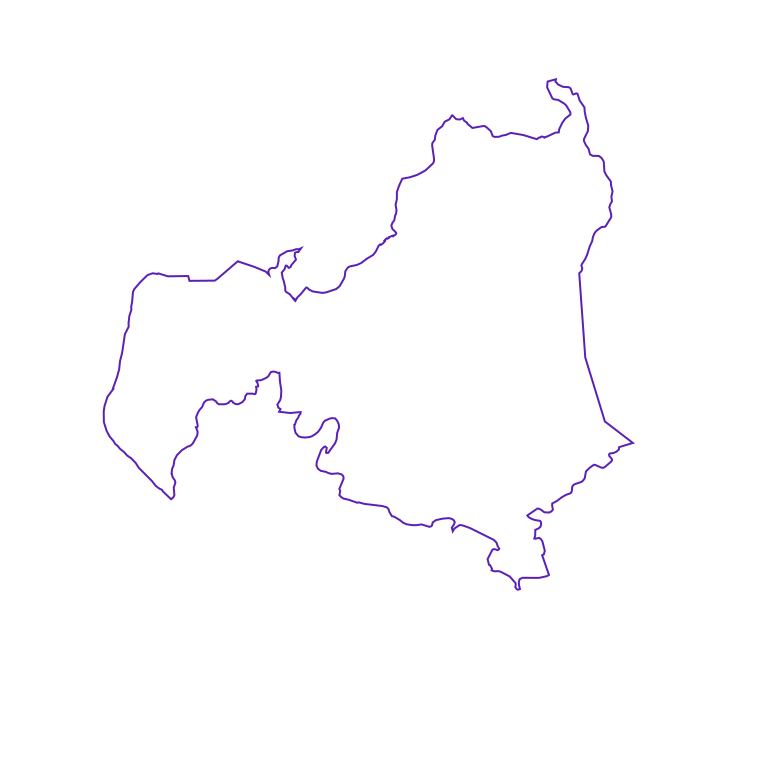 outline of San Fernando, Bolívar, Colombia, rotated 252°
{"feature_id": "7082276B31468008536836", "entity_name": "San Fernando", "entity_type": "district", "adm_level": 2, "iso_a3": "COL", "parent_name": "Colombia", "parent_adm1": "Bolívar", "projection": "mercator", "projection_center": [-74.356, 9.108], "detail": "fine", "context": "isolated", "style": "outline", "palette": "violet", "viewbox_px": 768, "rotation_deg": 252, "n_neighbors": 0, "source": "geoboundaries", "source_scale": "gbopen_adm2", "svg_char_len": 6154}
<svg xmlns="http://www.w3.org/2000/svg" viewBox="0 0 768 768"><g transform="rotate(252 384 384)"><path d="M620.7,641.7L621.1,633.1L615.7,630.8L603.6,632.4L602.4,633.4L600.2,637.6L594.8,642.2L592.5,643.4L585.1,645.1L583.8,645.0L582.6,644.4L580.5,638.6L577.4,634.3L572.0,629.2L569.3,628.0L570.1,624.5L568.9,615.0L569.2,613.4L568.7,612.8L570.4,611.1L570.6,609.9L570.1,608.6L570.5,607.7L569.6,605.0L577.8,593.3L583.6,582.3L583.2,576.9L583.7,573.2L583.6,569.8L584.8,565.6L586.2,564.0L591.5,563.7L596.6,560.8L598.3,559.3L598.7,557.9L600.2,547.2L605.7,543.7L606.9,543.7L609.8,541.5L612.5,541.2L612.1,538.1L613.0,535.5L613.9,534.3L618.3,532.2L618.5,531.7L615.5,528.0L614.7,522.8L611.1,518.9L609.3,513.7L608.6,512.9L604.6,509.7L600.6,507.8L598.1,504.4L596.0,503.5L582.2,501.1L579.9,500.0L578.6,498.6L574.3,489.4L572.6,479.9L572.6,472.7L573.6,464.8L567.8,459.5L562.6,455.6L555.9,453.4L550.8,450.4L545.7,449.7L541.9,447.9L540.9,446.7L536.4,444.3L535.0,442.1L532.3,439.9L528.9,439.9L524.2,442.3L523.5,442.2L522.6,441.3L521.7,438.4L522.4,438.3L522.1,433.9L521.5,433.9L521.1,432.0L521.7,431.5L521.2,430.3L520.2,428.7L519.6,429.2L517.9,426.2L517.3,423.8L517.9,423.5L517.3,421.8L512.6,417.2L510.1,413.5L508.4,406.2L506.1,399.7L505.6,394.8L506.4,387.7L505.9,385.5L503.2,382.1L498.2,379.8L496.2,378.1L490.8,372.1L489.1,367.9L489.0,357.3L489.7,353.5L494.0,344.9L496.9,342.0L499.3,340.7L499.8,339.8L495.1,332.4L493.3,328.6L490.4,325.3L492.7,324.2L493.2,324.1L493.2,324.7L494.7,323.6L498.4,322.2L502.1,319.2L503.4,319.0L506.4,319.9L512.8,320.5L516.3,320.4L521.6,321.2L523.8,324.8L526.9,327.1L526.6,328.1L523.8,329.4L524.1,331.3L525.7,332.6L529.5,338.7L533.4,338.6L536.3,339.9L536.5,341.4L536.0,343.3L538.7,347.0L538.5,344.7L539.4,342.0L539.2,338.8L540.2,333.0L538.5,324.8L536.6,322.8L533.7,321.8L528.8,318.8L527.9,316.2L529.0,313.4L529.0,311.5L528.1,309.9L526.5,308.6L523.2,308.5L527.5,306.2L535.2,297.2L545.9,282.8L535.5,258.0L534.6,255.0L542.2,230.9L547.2,231.1L553.2,211.7L559.0,203.5L558.6,202.6L560.8,198.2L560.7,193.3L560.1,191.5L555.9,183.2L551.3,175.7L549.1,173.7L540.1,169.9L535.7,167.5L532.5,166.6L527.3,162.8L520.9,159.9L517.4,158.9L511.5,153.0L494.4,144.5L487.5,140.1L479.7,136.6L472.9,132.1L463.2,124.6L462.9,125.0L457.3,117.1L449.4,111.4L444.6,109.0L434.3,105.8L425.3,105.7L418.9,106.8L413.6,109.0L409.9,109.9L407.4,111.6L404.1,112.8L399.5,115.8L395.4,117.6L391.3,120.7L385.8,123.4L380.0,124.9L363.5,133.3L357.6,135.5L354.2,137.8L351.9,140.2L350.4,140.4L340.2,145.9L340.3,146.5L341.5,148.9L343.1,150.3L350.4,152.0L354.6,155.1L356.9,155.3L361.0,154.1L364.0,154.5L364.3,154.2L369.0,156.4L371.2,158.5L376.6,161.3L380.3,165.1L383.5,171.3L385.1,177.7L385.1,180.5L386.3,183.5L392.7,190.4L396.1,192.0L401.0,191.8L400.6,193.1L402.0,194.0L410.4,195.0L414.4,198.3L416.6,200.9L418.2,203.8L422.1,207.2L423.2,209.7L423.3,211.8L422.4,216.3L419.7,218.7L417.2,219.5L415.7,220.8L414.0,226.0L413.9,228.3L414.2,230.6L415.0,231.4L415.4,233.3L414.1,234.6L413.1,234.6L411.5,235.9L410.2,237.7L409.9,239.9L410.6,243.8L412.5,246.9L415.3,248.4L417.1,250.8L415.4,256.0L414.2,258.2L414.7,259.1L418.0,261.0L420.8,261.5L420.6,263.4L421.0,263.8L424.2,264.0L426.3,263.4L426.6,264.1L425.6,268.5L426.3,274.3L427.1,276.3L430.3,280.1L430.2,282.1L429.1,284.5L427.4,286.4L427.0,288.0L418.4,285.8L409.4,284.3L403.3,281.9L400.8,280.3L397.3,276.2L394.2,276.2L392.2,277.8L390.0,275.7L385.4,285.8L383.1,296.0L381.5,295.4L380.2,293.3L378.8,292.3L376.3,289.2L372.9,286.7L372.9,286.1L369.2,285.1L364.9,284.8L360.8,286.5L359.3,288.3L357.6,292.0L356.5,296.9L356.6,299.3L357.6,303.3L359.0,306.7L361.8,310.5L366.1,314.3L367.3,316.4L367.9,321.5L367.6,324.1L366.3,327.0L363.2,328.2L359.4,328.5L356.2,327.7L352.2,324.5L345.8,321.7L342.7,319.1L335.8,309.7L336.2,307.9L337.0,307.7L340.9,309.8L342.7,308.8L342.7,307.4L340.7,303.9L330.9,296.1L327.4,294.6L323.8,295.0L320.9,297.1L318.4,301.6L316.3,303.7L315.7,305.1L314.8,305.9L313.3,312.5L311.3,315.5L309.8,316.5L307.8,316.7L306.3,316.2L298.0,309.1L295.8,309.3L292.0,307.2L289.3,308.6L287.6,310.0L284.8,314.7L279.3,321.9L279.3,323.3L275.9,328.6L268.6,344.4L266.0,348.4L263.8,349.6L260.8,349.6L256.0,350.6L254.4,352.9L249.7,357.0L245.9,359.5L243.6,362.2L241.1,367.0L239.6,371.8L238.8,376.4L234.2,382.9L234.0,384.3L234.5,385.8L237.3,387.6L238.5,391.3L237.8,398.3L236.4,404.3L234.6,407.0L232.6,408.4L230.7,408.6L228.6,406.9L226.4,404.1L222.7,403.9L224.8,406.3L226.5,412.4L225.2,415.1L220.5,421.2L201.8,440.3L198.3,442.0L194.9,442.0L191.8,442.7L191.1,441.9L190.9,440.8L193.0,437.7L192.9,435.9L185.4,428.4L179.6,428.0L178.9,428.9L174.9,429.6L173.6,428.7L171.8,431.0L170.6,435.1L169.4,436.9L162.1,444.1L153.9,447.6L152.2,447.2L150.4,446.1L148.0,446.8L147.0,447.7L146.9,449.9L150.7,450.2L153.9,451.0L156.5,452.7L156.9,455.8L151.7,471.5L150.9,479.6L151.4,481.9L172.3,481.5L172.6,483.4L175.7,485.4L185.7,486.0L188.4,485.1L189.8,483.8L190.0,480.3L190.6,479.2L193.2,481.0L198.5,482.8L198.9,486.2L199.8,488.6L201.8,490.0L204.1,490.6L205.6,490.2L207.8,485.8L209.9,482.9L212.8,480.3L214.7,479.7L218.1,491.3L217.7,492.6L216.1,494.3L212.4,496.9L210.7,501.4L211.1,503.8L212.3,505.8L216.6,506.4L218.4,507.1L219.3,512.2L221.4,518.3L222.3,522.7L222.5,528.0L224.2,529.6L228.1,531.3L229.3,532.7L229.8,534.6L229.9,541.6L230.6,543.4L232.2,545.7L238.5,549.1L240.9,554.1L242.3,558.6L241.9,559.7L237.2,565.0L236.6,566.5L236.7,568.2L239.9,575.8L241.0,577.4L242.4,577.5L246.0,576.0L247.5,576.3L248.1,577.2L247.5,581.3L247.8,584.3L249.1,587.1L251.3,588.1L251.0,602.5L280.1,582.5L347.0,583.6L429.0,603.9L430.3,606.6L432.3,608.2L435.8,608.4L436.8,609.2L440.7,614.0L444.4,617.3L451.3,622.2L455.5,626.1L459.0,628.0L462.0,630.4L463.9,633.0L465.5,637.5L466.0,639.4L465.3,643.2L472.4,651.6L475.1,652.5L482.5,652.9L485.3,655.0L487.2,657.2L492.0,658.2L496.5,660.9L503.1,661.4L506.5,662.3L513.9,659.9L518.1,659.3L527.4,661.7L529.3,661.4L532.0,660.6L534.5,658.8L536.5,653.0L538.7,650.9L544.5,651.2L549.0,649.8L552.7,649.3L554.4,649.5L555.5,650.2L561.6,656.1L566.6,658.1L574.8,658.3L580.8,659.0L585.1,660.1L593.2,657.7L600.2,657.7L601.0,656.7L600.8,653.7L601.4,653.0L606.9,652.8L608.3,652.3L609.2,651.4L611.3,646.1L614.9,642.2L618.6,640.5L620.7,641.7Z" fill="none" stroke="#5b21b6" stroke-width="2"/></g></svg>